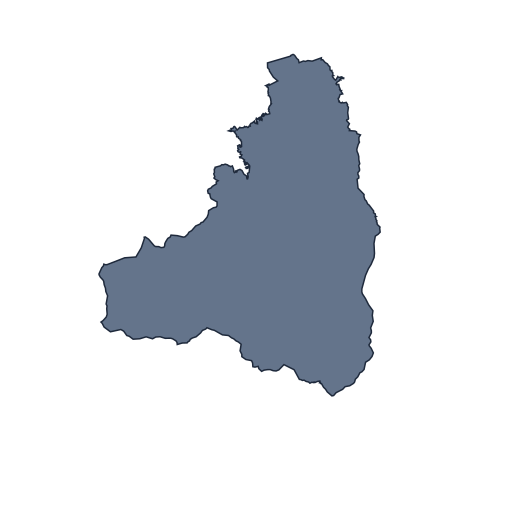 Grosii Tiblesului, Maramures, Romania, rotated 149°
{"feature_id": "2599482B90074952461136", "entity_name": "Grosii Tiblesului", "entity_type": "district", "adm_level": 2, "iso_a3": "ROU", "parent_name": "Romania", "parent_adm1": "Maramures", "projection": "orthographic", "projection_center": [24.114, 47.531], "detail": "fine", "context": "isolated", "style": "filled", "palette": "slate", "viewbox_px": 512, "rotation_deg": 149, "n_neighbors": 0, "source": "geoboundaries", "source_scale": "gbopen_adm2", "svg_char_len": 6117}
<svg xmlns="http://www.w3.org/2000/svg" viewBox="0 0 512 512"><g transform="rotate(149 256 256)"><path d="M210.6,372.6L210.3,369.8L211.0,368.7L211.0,367.9L209.9,367.3L210.3,365.9L209.3,363.6L209.9,363.0L209.4,361.8L212.0,357.2L213.2,357.2L213.7,357.8L213.4,358.3L212.1,358.4L212.9,359.8L215.0,359.9L215.3,358.7L216.2,357.5L215.8,356.3L217.5,355.8L217.6,355.1L217.6,354.5L216.4,353.0L215.0,353.6L217.1,351.5L216.0,350.0L217.2,349.1L219.1,349.4L219.3,348.6L217.7,347.3L216.4,344.3L217.7,343.6L216.9,342.8L217.4,342.5L217.2,341.8L217.8,341.8L217.3,340.7L218.4,340.7L218.4,339.5L216.2,339.3L216.6,340.0L216.3,341.0L215.6,340.8L215.0,337.1L216.9,337.0L217.7,336.3L217.9,337.1L218.7,337.4L219.4,337.1L219.0,336.5L219.2,336.0L217.9,335.4L216.6,336.3L215.4,335.8L218.9,331.1L220.7,331.2L221.9,327.9L223.5,326.4L224.0,326.8L222.9,329.5L224.2,332.3L224.0,336.5L225.1,338.5L227.7,339.0L229.1,338.0L229.2,339.3L229.9,339.4L229.9,338.4L231.6,338.6L231.6,340.0L230.5,341.9L229.9,345.4L231.7,345.6L232.1,346.6L233.1,347.5L233.3,348.6L235.1,350.6L237.1,351.0L238.2,351.9L240.0,351.6L245.4,353.1L246.2,352.0L247.1,351.9L248.6,349.0L249.9,348.2L250.5,345.1L251.9,344.5L251.2,342.3L249.7,340.0L252.1,339.9L252.7,338.2L257.6,338.2L259.3,337.5L262.5,337.8L263.9,336.8L264.7,334.3L263.6,333.2L264.8,329.8L264.9,328.2L261.5,322.4L263.6,319.0L265.1,318.4L267.6,319.3L273.2,319.3L275.3,316.5L278.0,314.4L284.0,312.4L285.9,312.9L287.5,312.2L292.2,312.8L298.1,310.9L301.3,310.9L303.3,309.8L307.0,309.0L308.5,309.6L313.0,314.0L318.1,317.7L319.6,316.5L322.6,316.5L326.1,314.7L327.7,313.6L329.2,311.6L330.5,310.9L333.1,312.1L334.5,314.1L337.3,315.9L338.0,317.2L339.4,325.7L341.1,329.4L342.2,329.7L342.6,328.5L350.1,322.1L359.4,317.0L369.5,322.1L388.1,325.3L389.7,326.2L390.6,327.4L391.9,326.1L394.2,325.4L399.7,321.6L400.2,320.7L400.3,317.8L399.5,314.2L399.6,312.7L400.9,309.6L401.6,306.0L403.0,302.9L403.7,298.3L409.2,292.0L409.4,289.9L411.1,287.7L413.6,282.7L415.8,280.8L420.4,279.4L422.9,279.2L422.5,277.5L422.8,273.3L419.8,266.0L409.7,262.6L408.1,259.7L407.7,254.4L406.0,252.5L404.2,248.0L398.2,244.9L391.8,243.3L387.3,238.3L383.7,238.2L379.8,236.2L376.2,232.2L371.5,229.5L370.2,228.1L368.3,224.5L368.2,222.6L369.1,220.7L364.1,219.4L359.8,217.0L358.0,217.6L356.8,217.4L355.4,218.4L352.8,218.5L348.9,217.6L343.1,218.6L340.3,219.8L336.7,219.3L335.0,219.8L331.8,215.5L330.0,213.8L325.4,205.7L320.5,202.0L319.1,198.4L317.8,196.6L316.8,193.5L315.4,191.4L314.2,188.0L318.5,182.9L318.8,179.0L320.0,177.0L318.0,172.5L313.7,168.6L314.0,166.1L315.7,162.7L314.1,161.3L311.0,160.3L311.6,157.9L310.6,154.2L307.9,154.0L304.7,152.7L302.3,151.3L300.4,148.9L298.0,147.1L295.0,146.6L288.0,148.5L281.9,138.9L282.4,127.9L281.0,126.7L280.4,125.5L278.7,124.8L277.7,122.7L275.8,120.9L275.3,119.2L273.1,119.0L272.0,117.9L271.1,118.1L270.8,117.2L268.1,116.9L265.8,116.0L266.8,114.7L265.9,114.5L266.3,113.4L265.6,112.8L265.7,108.7L265.0,106.0L264.9,102.8L263.0,97.0L261.3,96.4L257.7,97.6L250.4,97.1L246.9,98.1L242.5,96.5L238.0,96.6L236.4,97.2L234.3,99.2L231.0,100.0L227.1,102.4L224.9,102.2L221.8,103.1L216.8,108.5L212.3,108.6L208.3,110.1L205.3,112.5L204.8,117.7L205.2,120.6L204.9,121.7L201.8,123.2L200.9,125.2L201.2,127.9L196.7,130.7L195.6,132.5L194.8,135.3L189.2,139.6L186.9,145.2L184.0,148.8L184.6,156.2L184.1,163.1L184.3,168.7L183.8,170.7L182.2,173.3L172.1,183.0L166.2,187.2L161.7,189.5L155.6,193.9L153.1,197.2L148.4,206.0L143.5,211.6L140.2,211.7L137.3,212.5L135.6,216.2L134.8,216.9L135.8,220.6L134.9,222.8L135.1,223.3L134.2,224.1L134.4,225.8L134.0,226.1L133.6,228.3L132.7,228.0L133.0,228.6L132.1,230.7L133.0,232.5L132.0,233.9L132.8,241.4L133.5,243.1L133.1,246.4L133.6,248.2L132.8,251.5L131.7,253.1L133.6,261.6L129.8,269.7L127.7,269.9L126.7,271.6L126.6,273.5L125.7,275.0L123.4,275.8L122.5,277.1L121.4,280.6L119.6,281.6L118.3,285.5L116.7,288.3L115.9,290.9L115.5,293.7L114.6,295.6L110.9,299.0L108.6,300.4L108.5,301.5L106.7,304.7L104.1,306.0L106.5,308.9L105.9,310.6L106.8,312.1L111.4,315.4L110.3,316.3L110.9,317.5L111.0,319.3L107.8,321.3L108.6,325.4L108.0,326.0L106.6,325.7L105.9,326.2L103.6,331.6L100.2,335.9L100.3,337.8L99.5,338.6L99.5,341.2L102.0,342.1L102.7,342.6L102.7,343.2L104.2,343.3L105.5,345.5L104.8,345.8L104.9,347.3L104.3,348.8L103.5,348.8L100.8,351.1L98.2,350.3L98.2,353.7L97.9,353.8L98.5,354.1L98.5,355.4L98.0,355.3L97.5,358.5L96.7,360.5L98.7,361.3L98.7,362.4L97.6,362.7L97.4,363.3L94.1,363.3L93.4,364.0L92.6,363.3L92.4,364.2L91.9,364.6L89.5,362.9L89.1,363.4L89.9,364.1L89.8,364.6L90.4,365.5L92.6,366.2L93.5,367.1L93.5,367.6L97.1,365.7L97.7,366.8L98.1,370.1L97.8,371.0L96.7,370.7L97.0,371.3L95.7,373.8L96.1,374.9L95.4,376.0L96.6,376.6L96.6,377.5L95.2,380.2L95.8,381.9L95.8,383.9L97.1,386.3L97.7,389.9L99.1,390.6L97.9,392.2L107.5,394.1L110.9,396.8L113.4,397.3L114.9,398.7L119.5,399.5L118.6,402.3L119.3,404.2L119.5,407.8L120.0,409.3L120.7,409.8L123.0,410.0L123.4,409.5L146.7,415.6L149.1,411.4L148.6,409.0L149.2,407.7L149.0,400.4L147.2,394.9L156.9,395.6L156.4,396.7L159.9,397.0L159.0,395.8L159.5,395.3L158.8,394.1L159.8,392.1L161.0,390.9L161.1,389.7L161.7,389.6L162.3,387.4L162.8,387.1L162.1,386.2L162.3,383.9L163.8,380.2L164.6,379.3L164.3,378.6L167.6,377.3L169.7,375.5L169.3,374.8L170.6,373.7L170.3,372.6L170.9,370.9L173.8,371.6L173.7,372.1L174.3,373.5L174.8,373.3L174.9,372.4L175.7,372.4L176.6,373.0L176.2,374.0L176.5,374.4L178.4,373.7L178.3,373.0L176.8,372.1L177.1,371.9L178.3,372.0L179.2,373.8L179.0,373.0L180.1,372.6L180.3,370.0L181.1,369.2L181.7,370.6L182.7,370.5L182.2,371.3L180.7,370.8L180.4,371.8L181.3,371.8L180.8,372.8L182.0,373.0L182.5,372.0L181.9,372.0L182.4,371.6L183.0,373.4L183.1,372.4L183.9,372.3L184.7,373.9L185.7,373.0L185.4,372.6L186.5,371.0L186.1,370.7L186.9,370.2L185.9,369.8L186.6,368.5L188.1,369.9L188.7,371.2L188.0,372.4L190.8,372.0L191.8,372.3L193.5,371.7L194.0,370.3L194.9,371.0L196.3,370.2L196.9,370.4L197.3,371.7L199.0,372.2L199.0,372.9L200.7,372.5L203.2,373.8L203.5,374.6L207.4,373.7L207.4,377.0L207.7,378.1L208.3,378.3L210.1,377.3L211.8,378.1L212.1,377.0L213.1,376.6L213.5,377.2L215.0,377.4L213.3,375.6L211.7,375.2L210.6,374.2L210.7,373.7L209.8,373.7L210.6,372.6Z" fill="#64748b" stroke="#1e293b" stroke-width="1.5"/></g></svg>